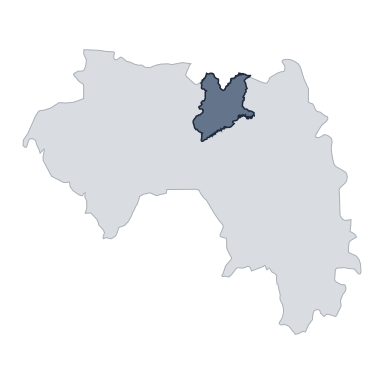 Dinguiraye, Dinguiraye, Guinea shown in context
{"feature_id": "49546643B8348239056405", "entity_name": "Dinguiraye", "entity_type": "district", "adm_level": 2, "iso_a3": "GIN", "parent_name": "Guinea", "parent_adm1": "Dinguiraye", "projection": "robinson", "projection_center": [-10.609, 11.571], "detail": "fine", "context": "in_parent", "style": "filled", "palette": "slate", "viewbox_px": 384, "rotation_deg": 0, "n_neighbors": 0, "source": "geoboundaries", "source_scale": "gbopen_adm2", "svg_char_len": 9319}
<svg xmlns="http://www.w3.org/2000/svg" viewBox="0 0 384 384"><path d="M241.5,268.1L238.0,267.6L236.4,268.3L231.7,274.5L228.9,277.0L224.6,276.2L223.0,276.7L221.8,275.9L223.4,272.5L225.7,265.8L231.4,259.0L231.5,257.6L229.2,253.6L226.7,248.2L226.7,242.4L226.2,238.2L221.2,237.0L220.2,236.3L220.1,234.9L223.0,227.7L223.2,226.2L222.8,224.9L219.7,221.2L214.8,214.3L206.5,200.3L203.3,197.3L200.3,193.0L199.2,190.3L196.1,189.3L166.9,189.5L166.3,193.2L156.2,195.6L150.0,192.8L143.1,194.4L139.8,196.3L137.2,204.5L135.7,206.3L134.2,210.0L132.9,212.0L131.4,216.0L128.1,221.8L124.6,225.5L118.8,227.5L116.9,233.6L115.6,235.9L113.3,237.6L110.9,238.8L106.1,237.6L103.4,238.7L103.0,237.2L104.5,232.4L103.3,229.9L98.7,224.9L98.3,222.5L96.9,219.4L90.8,212.9L85.2,213.3L86.8,207.9L86.7,200.8L84.8,196.9L85.3,192.9L84.2,193.1L82.3,195.9L79.3,195.0L73.1,190.8L70.1,186.6L69.7,183.1L69.0,181.8L67.1,182.5L63.3,182.4L51.5,176.2L43.2,160.5L43.0,156.9L44.3,150.8L44.0,149.1L40.1,153.2L39.4,150.5L36.5,144.2L35.7,140.5L32.9,138.9L30.6,138.6L28.9,139.8L26.5,147.2L24.8,147.2L23.0,145.6L23.4,140.1L28.0,133.2L35.6,115.8L38.3,111.8L40.0,110.5L43.6,110.3L50.6,108.0L59.2,102.6L65.7,103.0L73.5,102.3L83.6,98.6L83.7,86.9L83.4,84.3L79.8,82.0L77.7,80.0L75.9,77.4L73.8,75.5L73.8,73.6L78.3,71.1L82.4,71.1L83.8,70.2L84.8,68.5L86.0,64.3L86.4,59.9L83.7,53.9L83.9,49.7L98.7,50.3L106.8,51.5L113.4,51.8L114.5,52.7L113.6,56.9L114.4,59.3L116.7,59.9L120.4,57.1L122.3,57.7L126.5,61.3L130.3,62.2L134.5,64.2L138.5,65.2L142.0,65.1L144.7,67.1L149.6,67.7L156.0,65.2L161.0,64.1L168.0,63.8L171.7,64.6L182.4,62.6L190.9,63.7L189.6,65.1L185.7,74.5L186.1,76.1L194.7,84.0L196.7,84.6L199.1,83.5L202.8,79.9L205.7,75.9L208.5,74.0L211.7,74.1L214.3,76.9L220.4,88.6L222.0,90.1L223.4,90.1L226.1,87.9L227.5,85.3L233.1,77.6L241.8,73.7L262.6,82.6L265.7,83.3L267.5,82.6L270.1,77.4L277.9,72.9L281.6,71.7L283.8,71.5L284.6,70.1L285.0,67.9L284.6,65.7L282.1,61.8L282.1,60.6L283.4,59.8L286.4,59.3L290.3,59.6L294.6,61.4L298.2,63.8L300.2,66.8L304.1,79.2L308.5,88.9L308.4,101.9L310.3,103.2L312.4,103.7L313.4,104.8L315.6,110.1L317.6,111.7L320.0,112.0L324.5,115.5L327.4,116.8L327.8,117.9L327.7,119.3L326.6,121.1L322.2,124.7L320.1,127.7L315.7,135.1L315.5,136.5L316.5,137.5L318.3,137.7L320.3,137.1L324.3,134.5L327.5,135.4L330.6,137.5L331.8,139.6L332.1,142.4L331.4,146.0L331.3,150.0L332.3,156.9L333.9,163.8L335.5,166.3L345.8,172.3L346.8,174.6L347.3,177.2L346.6,180.7L345.6,182.6L339.9,188.0L339.1,190.5L339.5,195.3L340.0,215.4L342.2,218.8L344.8,220.5L351.0,219.6L350.8,225.2L350.0,231.4L353.6,233.4L355.5,235.3L356.5,237.1L350.8,240.4L349.1,242.3L348.4,247.6L348.5,252.4L356.2,255.9L359.2,259.9L360.5,264.1L361.0,272.0L360.3,273.8L358.3,273.9L354.4,269.0L348.5,268.5L344.1,267.6L336.7,268.2L335.4,269.7L334.6,280.2L336.4,282.0L339.9,284.0L342.2,284.8L344.1,284.6L345.6,285.9L345.9,289.3L344.9,291.9L343.0,294.2L340.5,300.3L341.1,305.9L336.9,314.8L335.7,316.5L330.2,314.8L326.6,314.2L324.1,316.5L320.5,313.0L319.8,310.3L318.5,309.7L316.1,309.7L313.9,311.2L312.9,314.0L312.4,319.7L308.4,325.1L305.5,331.9L302.3,331.3L301.6,332.1L298.1,333.8L295.1,334.3L294.3,332.5L292.5,331.1L290.6,328.2L288.4,325.9L284.1,324.3L282.5,325.0L280.5,324.8L279.2,323.9L279.3,322.5L281.6,319.0L282.8,315.8L283.5,312.2L283.5,308.9L282.3,304.1L280.4,300.4L279.9,298.2L280.2,295.1L279.7,292.2L279.1,290.7L278.2,285.2L277.1,284.2L276.5,279.9L276.6,275.4L275.0,273.7L272.4,272.4L270.9,270.7L270.0,268.7L269.0,268.2L268.2,268.3L267.5,269.5L266.7,269.8L265.2,265.6L264.5,265.4L263.5,266.4L251.6,271.0L250.0,267.1L247.7,266.3L243.8,267.9L241.5,268.1Z" fill="#d9dde1" stroke="#a8b0b8" stroke-width="1"/><path d="M221.4,130.0L221.4,129.4L221.7,129.7L222.2,128.9L222.4,128.8L222.9,128.7L223.1,128.6L223.4,128.8L224.0,128.9L223.9,127.9L224.3,127.9L224.1,127.4L224.6,127.4L224.9,127.5L225.4,127.6L225.1,127.0L224.9,126.6L225.2,126.6L225.8,127.0L226.5,127.1L227.4,127.4L228.4,127.4L229.5,127.3L229.8,127.3L231.0,126.7L234.2,123.6L233.2,122.8L233.0,122.7L232.6,122.1L232.7,121.6L233.0,121.2L234.0,120.8L235.6,120.7L237.0,120.1L237.4,119.7L237.9,118.8L238.3,118.5L238.6,117.8L238.4,117.5L238.2,117.1L238.3,116.0L238.6,115.7L239.1,116.4L239.4,116.1L239.4,115.5L239.6,114.9L239.7,114.5L239.8,114.9L239.9,115.9L239.7,116.6L239.3,117.1L239.2,117.5L239.8,117.7L240.7,117.2L240.7,116.8L240.9,116.0L241.0,115.6L241.2,115.4L241.9,116.2L242.2,116.4L242.7,116.0L243.1,115.8L243.3,115.5L242.8,114.9L243.1,114.8L243.5,114.9L243.8,114.9L244.3,115.3L244.5,116.1L245.2,115.9L245.5,115.4L245.6,116.3L245.8,116.9L246.1,117.1L246.6,116.8L247.3,116.6L247.5,117.0L247.0,117.6L246.7,118.1L246.9,118.6L247.5,118.7L248.1,118.7L248.6,118.7L248.8,118.5L248.2,117.7L248.4,117.3L248.9,116.6L249.2,116.9L249.7,117.2L250.5,117.0L251.1,116.7L251.3,116.4L251.5,116.3L251.5,116.5L251.3,117.0L251.3,117.4L250.7,118.3L250.9,118.5L251.2,118.4L251.8,118.0L252.2,117.4L252.2,116.8L252.2,116.3L252.5,116.0L253.0,115.7L253.1,115.2L253.4,115.1L253.5,115.4L253.8,115.6L254.0,115.7L254.2,115.8L254.2,115.5L254.0,114.2L254.0,113.9L253.9,113.7L253.9,113.3L254.0,112.8L253.5,112.6L253.0,112.0L252.2,111.8L251.9,111.4L250.8,111.2L250.5,111.2L249.9,110.9L249.4,110.8L248.9,110.9L248.5,110.9L248.0,110.4L247.7,109.7L246.6,109.1L245.6,109.1L244.7,108.9L244.3,108.8L243.8,107.6L243.5,107.2L243.1,106.9L242.5,106.5L242.3,106.3L242.3,106.0L242.3,105.4L242.5,104.6L242.6,103.6L242.5,103.0L242.7,102.5L242.7,101.9L242.6,101.4L242.8,101.1L243.3,100.7L243.5,100.8L244.0,100.3L244.1,99.7L243.8,99.0L244.2,98.4L244.4,97.8L244.2,97.4L243.2,97.4L243.2,96.6L243.6,95.8L244.8,94.3L244.8,93.7L244.7,93.1L245.4,92.6L246.1,91.7L246.0,90.9L245.6,89.7L246.7,88.9L247.1,88.4L246.8,87.9L246.4,87.1L246.0,85.4L245.6,83.9L245.7,83.3L244.8,82.0L244.3,80.9L244.8,79.8L245.7,78.9L246.8,78.1L247.9,77.5L249.3,76.9L250.5,75.6L250.3,75.4L249.9,75.5L249.5,75.6L249.3,75.7L248.4,75.5L247.9,75.8L247.6,75.8L246.8,75.2L246.0,75.1L245.9,74.9L245.7,74.5L245.5,74.4L244.7,74.3L244.2,74.2L243.5,74.5L243.3,74.4L243.2,74.3L243.1,74.1L243.2,73.7L242.8,73.6L242.2,74.0L241.8,73.7L241.5,73.7L241.3,73.9L241.2,74.2L241.4,74.7L241.2,74.8L240.7,74.8L240.5,73.8L240.3,73.4L240.1,73.3L239.8,73.3L239.4,73.4L239.0,73.1L238.9,73.1L238.8,73.3L238.9,73.6L239.2,74.3L239.2,74.7L239.1,75.1L238.3,74.8L238.0,74.8L237.9,74.9L237.9,75.7L237.8,75.9L237.4,76.0L237.0,76.0L236.3,75.6L235.9,75.7L235.6,75.8L235.5,76.1L235.6,77.3L235.5,77.5L234.6,77.9L234.3,78.0L233.9,78.6L233.5,78.7L233.0,78.7L232.6,78.5L231.8,78.4L231.4,78.5L231.1,78.7L230.8,78.9L230.7,79.3L230.9,79.6L231.2,80.1L231.3,80.5L231.2,80.6L230.7,80.7L230.6,80.9L230.5,81.2L230.6,81.9L230.6,82.1L230.5,82.7L230.1,83.2L228.9,83.4L228.3,83.4L228.0,83.7L227.9,84.1L228.3,84.5L228.6,84.8L228.6,85.0L228.2,85.2L228.0,85.5L227.8,85.6L227.5,85.6L227.0,86.2L226.7,86.2L226.4,86.0L226.0,86.4L225.8,87.0L225.6,88.0L225.4,88.2L225.1,88.5L225.1,88.8L225.1,89.4L225.0,89.5L224.6,89.7L224.3,89.8L224.1,90.0L223.7,90.4L222.8,90.4L222.5,90.2L221.6,89.2L221.0,89.2L220.8,89.0L220.5,88.3L220.0,87.7L220.3,86.8L220.1,86.2L219.8,85.1L219.6,84.9L218.8,84.3L218.5,83.5L218.2,83.3L218.0,82.9L218.1,82.7L218.3,82.3L218.5,81.4L218.5,81.0L218.4,79.3L218.3,79.1L218.0,78.9L217.1,78.8L216.5,78.5L215.8,78.0L214.6,76.8L214.3,76.4L214.2,76.1L214.2,75.5L213.9,75.0L213.7,74.3L213.6,74.2L213.3,74.4L213.1,74.3L212.9,73.7L212.4,73.6L211.9,73.2L211.7,73.2L211.4,73.5L211.2,73.5L210.8,73.3L210.2,73.3L209.8,73.4L209.3,73.9L209.0,74.0L208.3,74.0L208.0,74.1L207.8,73.9L207.6,73.8L207.2,73.8L206.9,73.5L206.6,73.3L206.5,73.5L206.4,74.3L206.2,74.8L206.2,75.2L205.9,75.7L205.8,76.4L205.6,76.8L205.3,77.8L204.9,78.1L204.4,78.4L204.1,78.5L203.9,78.6L203.8,78.9L203.9,79.5L203.8,79.8L203.7,79.9L202.5,79.9L202.3,80.0L202.2,80.1L202.1,80.7L202.4,81.7L202.1,82.2L201.7,82.7L201.0,83.1L201.3,83.5L201.6,84.3L201.7,85.2L201.6,85.9L201.6,87.1L201.4,87.9L201.7,88.4L202.1,88.7L202.8,89.1L203.0,89.0L203.5,88.9L204.1,89.0L204.9,90.2L205.5,90.4L206.3,90.6L206.5,90.9L205.9,91.2L205.4,91.7L205.2,92.3L205.3,93.3L205.3,94.7L205.2,96.0L205.4,97.9L205.0,98.9L204.6,100.1L204.1,100.9L203.1,100.7L202.2,101.2L201.5,102.1L201.1,102.8L201.1,103.2L201.8,103.7L202.1,104.2L201.8,104.4L201.3,105.0L201.1,105.5L200.6,105.7L199.9,106.2L199.1,106.5L198.9,107.0L198.9,107.7L199.4,108.2L199.7,109.0L200.6,109.0L201.0,108.9L201.7,109.0L202.4,109.3L202.8,109.7L203.1,110.0L203.2,110.6L202.8,110.8L203.0,112.0L202.6,112.7L202.1,112.9L201.3,113.7L200.8,114.1L200.0,114.9L198.9,114.9L198.4,115.1L197.7,115.8L196.4,116.0L195.4,117.8L194.1,119.4L193.2,120.9L193.2,123.0L194.0,125.1L194.6,127.7L195.9,129.6L197.0,129.3L198.1,130.8L199.1,131.7L200.7,132.4L201.8,132.9L202.4,133.1L201.5,134.1L201.9,135.2L201.7,136.5L201.7,138.1L201.3,139.6L201.3,140.5L201.5,141.0L202.1,141.3L203.0,141.1L203.8,140.5L204.4,139.9L205.7,139.4L206.8,139.2L206.9,138.4L207.7,137.4L207.8,137.3L209.1,137.5L209.7,137.1L210.0,135.9L210.8,136.2L211.0,136.1L211.1,135.6L211.6,135.9L211.4,135.4L211.9,135.4L212.0,134.9L212.5,135.2L212.5,134.6L212.8,134.6L213.1,135.0L213.5,134.6L213.4,134.1L213.8,134.4L213.9,133.9L214.2,134.0L214.3,133.6L214.8,133.9L214.9,133.3L215.2,133.5L215.1,133.0L215.4,133.2L215.4,132.7L215.7,132.8L216.0,132.2L216.2,131.9L216.6,132.1L217.2,131.9L216.8,131.4L217.1,130.8L217.5,130.4L218.0,130.8L218.1,130.4L218.3,130.2L219.0,130.3L219.5,130.9L220.3,130.5L220.4,130.0L220.7,129.9L220.9,129.1L221.4,130.0Z" fill="#64748b" stroke="#1e293b" stroke-width="1.5"/></svg>